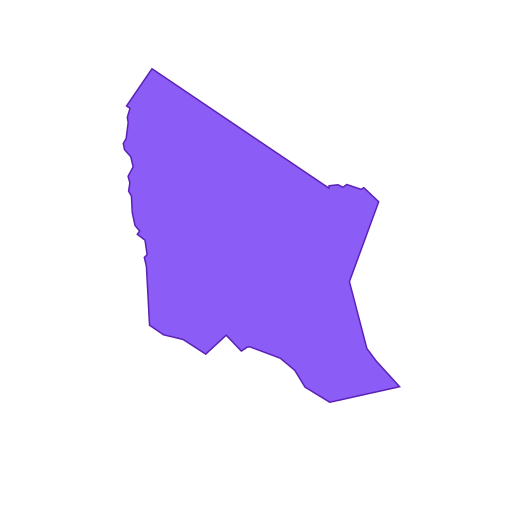 outline of Lycoming, Pennsylvania, United States of America, rotated 35°
{"feature_id": "52423323B77713055923502", "entity_name": "Lycoming", "entity_type": "district", "adm_level": 2, "iso_a3": "USA", "parent_name": "United States of America", "parent_adm1": "Pennsylvania", "projection": "orthographic", "projection_center": [-77.127, 41.333], "detail": "fine", "context": "isolated", "style": "filled", "palette": "violet", "viewbox_px": 512, "rotation_deg": 35, "n_neighbors": 0, "source": "geoboundaries", "source_scale": "gbopen_adm2", "svg_char_len": 807}
<svg xmlns="http://www.w3.org/2000/svg" viewBox="0 0 512 512"><g transform="rotate(35 256 256)"><path d="M63.7,190.7L63.9,207.4L68.1,207.3L71.0,216.1L74.8,220.1L82.2,234.1L82.8,240.0L87.3,244.3L96.5,246.5L104.2,253.4L105.5,264.1L110.7,268.4L114.4,275.9L119.7,278.5L129.8,291.5L139.4,300.4L146.4,302.3L146.3,306.3L156.0,306.7L166.1,317.4L165.3,321.2L172.3,327.5L208.5,373.8L215.2,373.7L225.4,373.6L244.1,366.2L271.1,365.2L277.0,338.0L298.5,342.3L300.6,337.1L300.7,336.5L301.1,335.7L302.1,334.8L302.4,334.3L303.5,333.8L334.5,325.8L353.3,327.4L371.4,335.3L384.2,334.5L400.3,333.5L448.6,280.7L414.7,273.1L399.9,268.2L347.2,223.4L325.4,141.2L305.1,138.2L303.9,141.1L289.3,145.4L287.8,149.8L282.3,150.6L275.6,156.5L276.6,158.6L63.4,162.3L63.7,190.7Z" fill="#8b5cf6" stroke="#5b21b6" stroke-width="1.5"/></g></svg>